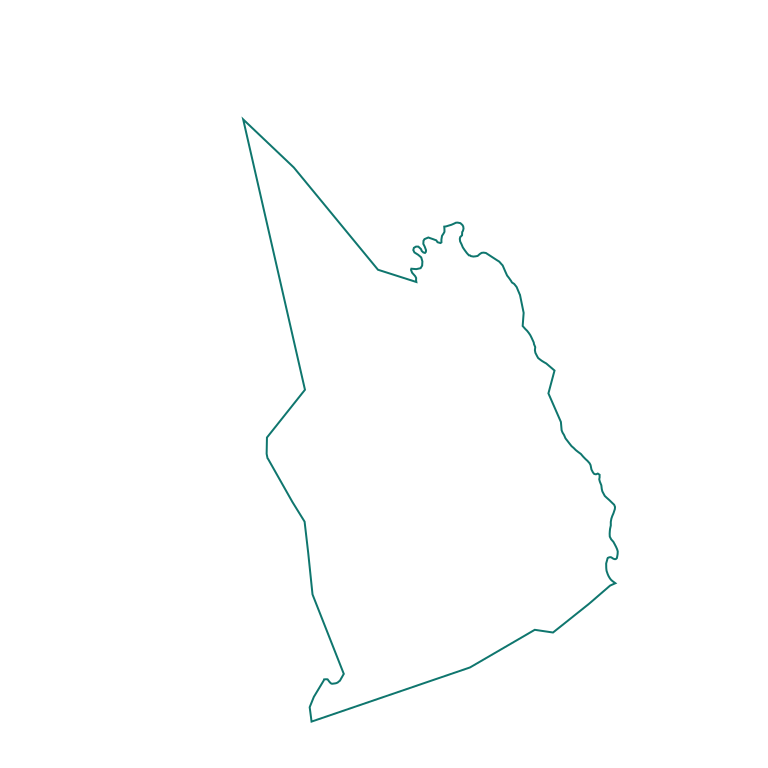 San Mateo Sindihui, Oaxaca, Mexico (Natural Earth projection), rotated 341°
{"feature_id": "50627088B43932249609701", "entity_name": "San Mateo Sindihui", "entity_type": "district", "adm_level": 2, "iso_a3": "MEX", "parent_name": "Mexico", "parent_adm1": "Oaxaca", "projection": "natural_earth1", "projection_center": [-97.342, 17.027], "detail": "fine", "context": "isolated", "style": "outline", "palette": "teal", "viewbox_px": 768, "rotation_deg": 341, "n_neighbors": 0, "source": "geoboundaries", "source_scale": "gbopen_adm2", "svg_char_len": 2877}
<svg xmlns="http://www.w3.org/2000/svg" viewBox="0 0 768 768"><g transform="rotate(341 384 384)"><path d="M537.9,647.7L535.7,644.5L534.8,642.8L534.2,640.8L533.8,638.8L533.6,636.6L533.6,633.2L534.0,631.3L534.4,629.8L535.0,628.0L535.6,626.1L536.8,624.3L537.6,623.2L538.4,621.9L539.0,621.3L540.6,621.2L542.1,621.6L543.1,622.7L544.0,623.9L545.1,624.7L546.1,625.0L547.4,624.5L548.3,623.1L549.5,620.9L550.5,618.4L550.6,616.2L550.4,613.6L549.9,610.3L549.5,607.9L548.2,604.8L547.8,601.8L548.6,599.1L549.5,596.9L550.5,594.7L552.4,591.6L553.5,588.3L555.1,585.4L556.8,583.2L558.9,580.9L559.8,579.7L561.5,577.5L562.4,575.5L562.3,573.1L560.8,570.2L559.3,567.2L557.5,564.0L556.3,561.7L555.8,558.6L555.5,556.7L555.7,554.3L556.5,550.6L556.4,548.6L556.3,546.5L556.5,544.1L557.4,542.6L558.3,540.0L557.0,538.3L555.0,538.4L553.5,537.5L552.8,535.7L552.3,532.4L552.6,530.2L552.9,527.9L552.6,525.9L551.4,523.0L550.0,520.4L548.6,517.4L547.4,514.3L545.4,511.4L543.8,508.9L542.5,506.2L541.1,503.8L540.0,500.7L538.8,497.1L537.9,494.5L537.6,490.7L537.0,488.1L536.9,485.8L536.9,485.5L538.9,477.5L536.4,446.4L549.6,426.8L544.1,417.4L542.5,415.6L540.7,413.4L539.6,411.8L538.2,409.6L537.8,407.4L537.3,403.8L537.7,401.1L539.0,398.4L538.8,395.1L539.1,393.5L538.9,391.4L538.6,388.3L538.2,385.4L537.5,382.8L536.6,380.2L535.5,378.0L534.0,374.3L539.2,362.2L541.6,343.9L541.5,343.5L541.2,339.1L541.0,335.6L539.7,331.8L538.0,329.6L537.7,327.9L536.6,324.1L535.7,321.5L535.3,317.1L534.8,310.5L534.2,309.2L532.8,305.8L531.1,303.7L523.0,293.3L520.9,292.2L519.0,291.8L516.9,292.3L514.2,293.4L512.2,293.1L510.0,292.6L507.7,291.3L507.1,290.3L506.6,290.1L506.2,290.0L505.0,287.3L503.9,283.8L503.0,280.5L502.8,277.2L502.4,274.0L502.9,271.5L503.9,269.9L506.2,268.8L507.4,265.8L508.6,264.8L509.8,262.9L510.2,260.8L509.9,259.2L508.6,256.8L507.1,255.9L506.2,255.4L504.6,254.9L502.2,255.2L499.5,255.4L497.4,255.3L494.0,255.2L492.2,254.8L491.5,257.5L490.7,259.8L489.3,261.1L487.1,262.8L485.3,266.1L484.4,268.8L483.3,269.1L480.8,267.4L480.2,265.2L477.4,262.9L475.1,261.1L473.6,259.9L469.5,260.2L468.0,261.4L466.8,264.3L467.2,267.3L467.3,271.2L466.6,272.7L465.4,273.4L464.0,272.4L463.0,270.5L462.9,268.5L461.2,265.3L459.0,264.5L456.6,265.0L455.3,266.9L455.6,269.5L458.4,273.0L460.4,276.4L460.2,280.6L458.6,284.5L456.3,286.4L451.9,285.9L447.4,283.9L446.7,284.9L446.8,287.9L448.6,292.2L448.9,294.3L448.1,296.3L447.8,298.1L415.5,274.0L369.2,149.9L337.0,88.0L307.4,363.7L255.9,396.5L250.3,411.8L249.7,416.2L250.0,417.1L259.0,465.8L264.1,488.3L257.4,518.8L247.9,559.7L251.6,645.0L245.7,650.2L244.1,650.7L243.0,651.2L241.2,651.3L239.5,651.0L237.6,650.6L237.1,650.4L236.4,649.8L235.9,648.9L235.3,647.4L235.1,646.8L234.5,644.9L233.1,644.3L231.2,643.8L230.5,644.7L215.8,657.0L208.5,665.4L205.6,679.6L373.0,680.0L446.5,665.5L462.9,674.0L506.2,658.6L524.2,651.4L532.2,648.2L537.9,647.7Z" fill="none" stroke="#0f766e" stroke-width="2"/></g></svg>